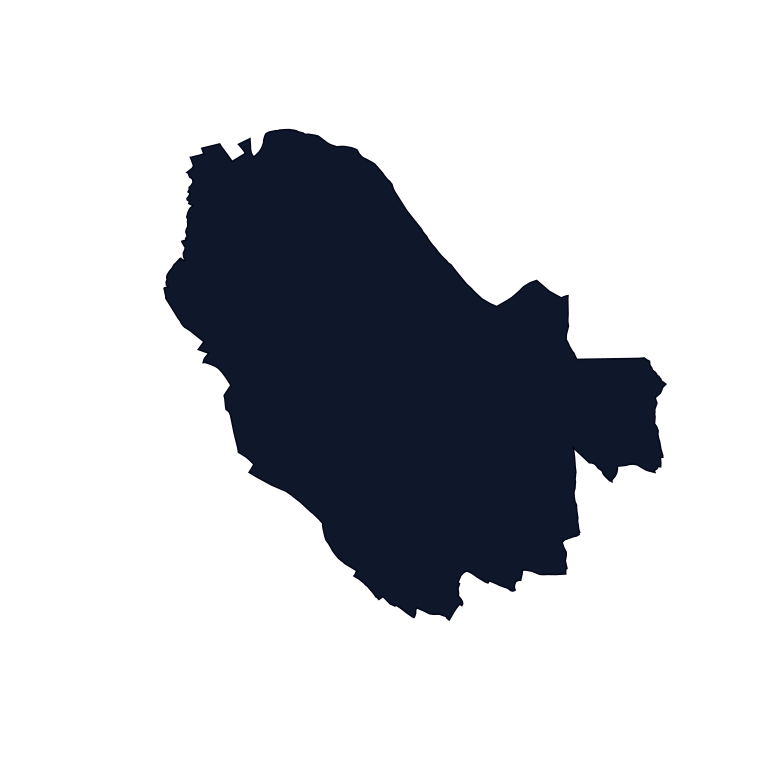 Leliceni, Harghita, Romania (Natural Earth projection), rotated 30°
{"feature_id": "2599482B31313199179337", "entity_name": "Leliceni", "entity_type": "district", "adm_level": 2, "iso_a3": "ROU", "parent_name": "Romania", "parent_adm1": "Harghita", "projection": "natural_earth1", "projection_center": [25.877, 46.341], "detail": "fine", "context": "isolated", "style": "filled", "palette": "ink", "viewbox_px": 768, "rotation_deg": 30, "n_neighbors": 0, "source": "geoboundaries", "source_scale": "gbopen_adm2", "svg_char_len": 6170}
<svg xmlns="http://www.w3.org/2000/svg" viewBox="0 0 768 768"><g transform="rotate(30 384 384)"><path d="M439.9,559.1L454.0,559.3L453.8,561.6L454.4,563.3L454.0,564.6L453.9,565.3L460.0,565.4L466.1,566.4L468.3,567.1L468.2,566.6L477.9,569.9L483.6,572.4L483.8,572.0L487.3,573.2L489.4,568.5L499.1,571.3L500.2,571.3L501.0,571.1L504.4,570.9L505.1,569.8L505.8,569.5L510.7,569.8L518.6,570.9L524.9,571.4L526.7,571.3L526.8,570.5L526.5,568.5L526.1,566.9L524.5,564.0L524.3,563.3L524.4,561.6L524.6,561.4L532.5,560.5L538.0,560.2L539.1,559.9L542.2,558.6L544.9,556.9L547.7,555.4L549.3,555.3L550.7,554.9L551.8,554.8L554.1,554.2L555.3,555.3L558.5,555.8L558.5,546.9L558.7,542.3L559.5,536.7L562.2,537.0L562.2,535.5L561.7,534.5L560.6,533.2L558.4,531.9L554.4,530.4L552.8,527.3L551.5,525.7L550.1,523.6L549.8,521.6L549.2,519.1L547.1,519.1L547.1,517.4L546.3,511.6L547.3,507.6L548.6,505.2L550.4,504.3L553.6,504.0L557.2,504.1L560.9,504.6L570.9,504.8L573.5,504.3L573.7,501.7L581.8,500.7L584.0,500.7L589.7,499.7L592.5,499.0L595.1,499.2L597.0,499.5L598.7,499.1L600.3,497.7L600.6,496.8L599.2,495.7L598.1,494.2L597.4,492.4L596.9,489.9L597.1,489.1L598.1,487.5L599.6,486.0L600.5,485.7L598.6,479.6L597.4,477.0L596.9,476.1L599.5,474.4L605.7,472.1L614.0,471.0L616.7,469.7L621.2,466.9L628.0,463.1L636.4,457.6L634.1,454.0L634.7,452.2L629.4,446.5L627.4,441.0L625.8,438.5L621.6,435.8L617.5,432.2L618.1,429.2L618.7,428.2L624.4,421.4L626.6,419.5L628.3,416.7L627.3,415.7L627.6,414.5L625.6,412.9L622.4,408.7L620.3,406.2L618.7,402.9L614.5,397.6L612.3,394.4L611.3,392.6L608.1,390.3L605.0,386.5L602.8,383.1L602.1,381.3L601.5,378.7L600.0,375.9L598.9,373.3L597.1,371.0L595.6,367.5L595.1,366.8L594.4,364.7L592.6,362.2L591.3,360.6L588.3,356.1L585.3,351.7L579.9,344.6L597.4,348.6L601.2,349.6L603.2,348.5L605.9,347.9L608.6,348.5L611.8,349.8L616.2,350.1L619.1,352.4L621.5,353.3L627.4,354.8L630.3,354.7L629.6,353.6L629.5,352.3L630.2,348.6L630.1,346.0L629.8,344.0L628.7,341.0L627.2,338.5L634.3,333.4L636.4,331.2L639.7,328.9L642.1,327.9L644.2,327.3L648.6,327.5L653.9,327.4L656.3,327.0L662.9,325.1L661.3,323.8L661.9,322.7L662.8,320.7L662.8,320.1L662.7,319.5L662.2,318.6L665.0,317.4L664.5,316.4L663.1,313.8L661.0,310.8L660.0,309.6L662.1,308.0L661.1,306.5L656.6,302.2L651.1,295.7L649.0,293.8L646.4,290.8L644.8,287.4L641.6,284.7L638.1,283.1L635.2,277.0L633.3,274.6L632.6,272.8L631.2,270.7L629.9,264.0L627.4,262.0L625.7,260.0L626.9,256.8L627.8,254.0L627.7,251.4L627.0,247.8L628.2,243.2L622.1,242.5L621.5,241.4L619.6,240.8L618.1,240.0L616.6,240.0L613.1,238.2L610.9,238.0L609.9,237.8L608.4,236.8L607.4,235.9L606.6,235.7L604.7,234.6L602.5,231.5L599.6,231.7L596.3,231.3L592.6,234.0L539.6,265.7L538.7,266.4L535.8,264.4L533.2,262.4L530.2,261.2L525.6,258.5L522.6,256.3L519.4,254.3L517.1,249.8L514.8,241.6L512.2,238.4L510.9,236.2L508.5,231.5L500.6,218.4L499.2,215.5L497.9,216.5L495.7,219.1L494.6,220.8L481.0,221.1L464.4,218.0L459.8,223.4L456.2,230.2L454.8,235.7L451.7,244.8L449.1,249.9L442.9,260.6L436.7,261.3L434.9,261.4L426.3,261.3L418.6,259.6L413.3,258.2L412.6,257.8L405.6,256.3L391.7,251.1L385.2,248.5L382.6,247.3L379.5,247.2L376.2,246.0L371.6,244.9L369.0,244.1L364.5,242.5L360.7,240.8L356.6,239.5L352.5,237.8L349.2,236.2L346.7,234.6L345.4,234.3L341.3,232.7L339.3,231.3L319.6,223.6L315.4,221.7L297.1,212.1L294.1,210.0L291.1,207.2L287.6,205.7L285.2,205.3L284.2,205.0L280.0,203.4L277.2,202.0L266.0,198.2L264.0,198.0L256.5,198.2L253.3,198.5L251.0,198.3L249.4,197.7L247.7,197.2L246.0,196.3L244.3,195.1L243.5,194.8L241.7,194.9L237.8,195.6L231.7,197.8L228.9,199.2L225.8,201.3L225.2,201.9L224.5,202.2L218.1,203.5L216.1,203.6L214.2,203.6L203.2,202.2L200.4,202.9L198.3,203.7L193.7,205.5L192.4,206.2L191.9,206.8L190.6,207.2L189.0,207.3L188.4,207.1L183.6,208.5L181.6,208.5L178.7,209.4L177.7,209.9L174.8,211.0L171.2,213.2L166.2,216.6L165.7,217.5L165.1,218.1L164.0,218.4L158.8,223.0L156.7,226.0L156.7,227.8L156.9,229.3L157.3,230.6L157.9,233.0L158.9,234.7L159.7,238.2L160.0,240.0L160.1,242.9L159.8,244.5L159.9,245.6L158.3,251.0L157.6,252.4L155.5,251.6L153.9,250.5L152.0,248.6L150.4,246.5L149.0,244.1L147.2,241.6L145.3,238.5L138.1,249.2L142.9,250.8L145.6,251.9L148.7,253.5L141.2,267.2L133.8,263.8L124.4,259.8L121.7,258.2L108.3,271.0L112.9,274.7L109.8,278.2L106.1,281.6L103.9,283.9L103.0,284.5L105.2,286.2L109.4,289.8L110.0,290.1L110.0,293.7L109.3,294.7L109.0,295.9L107.5,299.4L109.0,299.3L112.1,301.9L113.0,302.1L114.2,301.9L115.4,302.4L116.0,302.4L117.1,304.1L117.9,304.3L117.7,309.0L116.9,311.0L118.2,313.2L118.2,315.6L120.0,315.7L120.8,316.4L121.0,318.1L121.0,319.8L120.7,321.0L120.8,322.2L121.7,323.0L124.2,323.0L124.6,325.3L127.4,325.2L129.2,325.0L129.0,325.5L129.1,326.3L128.2,328.5L128.1,329.8L128.5,333.6L129.7,338.0L131.7,339.6L133.0,342.2L133.7,343.0L135.0,345.3L135.4,346.5L135.5,349.0L136.4,351.5L139.6,354.3L139.5,357.5L140.4,358.1L139.3,360.1L138.5,360.2L138.2,361.0L137.6,361.5L138.2,362.2L142.0,364.4L143.3,364.8L144.4,367.2L144.6,369.0L144.7,370.9L146.3,373.2L147.0,374.2L149.1,375.5L150.2,376.0L149.3,377.4L147.5,376.9L146.0,377.1L145.1,376.7L144.9,376.9L144.5,377.6L143.4,382.8L142.5,385.7L142.6,388.8L142.5,390.3L141.9,393.3L141.7,397.4L142.0,399.0L142.7,400.7L143.9,401.8L144.4,404.8L146.2,407.1L147.9,407.1L148.2,408.2L146.6,409.6L145.9,410.5L145.7,411.1L151.3,417.3L152.1,418.8L172.8,429.9L175.9,431.2L178.6,433.0L181.4,434.1L183.2,434.5L187.9,434.6L190.2,434.8L200.7,436.5L203.4,436.8L205.4,437.2L207.0,437.4L206.6,440.6L205.9,447.0L216.9,445.0L215.9,450.2L215.8,451.5L216.0,453.4L216.7,455.9L218.0,454.9L221.3,454.1L224.7,453.5L228.2,453.1L230.4,453.0L233.0,453.3L237.3,454.5L244.2,457.5L252.0,461.6L251.3,473.9L253.5,476.3L258.6,483.4L259.8,484.8L260.1,485.0L261.6,485.1L264.1,485.8L266.7,487.8L279.2,501.9L289.3,512.4L292.2,516.0L293.7,515.9L301.4,516.2L304.0,516.7L310.2,518.2L311.5,518.7L311.5,524.5L311.3,528.0L320.8,528.1L337.3,527.7L352.4,525.9L353.4,525.9L358.1,526.3L359.7,526.4L362.7,527.0L369.2,527.8L371.9,528.3L384.4,531.2L387.2,531.5L395.4,533.6L400.8,535.4L401.6,537.2L404.1,540.3L405.2,541.4L407.9,544.4L410.5,547.0L410.9,547.1L411.3,547.6L412.0,548.2L415.9,549.9L419.9,552.2L422.3,553.7L424.8,555.0L431.5,557.6L434.8,558.2L438.0,558.6L439.9,559.1Z" fill="#0f172a" stroke="#020617" stroke-width="1.5"/></g></svg>